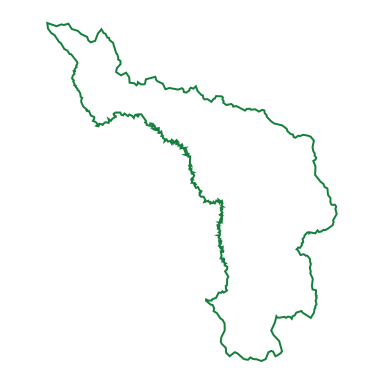 the district of Moyobamba, San Martín, Peru
{"feature_id": "86281439B55224927366475", "entity_name": "Moyobamba", "entity_type": "district", "adm_level": 2, "iso_a3": "PER", "parent_name": "Peru", "parent_adm1": "San Martín", "projection": "natural_earth1", "projection_center": [-77.231, -5.91], "detail": "fine", "context": "isolated", "style": "outline", "palette": "green", "viewbox_px": 384, "rotation_deg": 0, "n_neighbors": 0, "source": "geoboundaries", "source_scale": "gbopen_adm2", "svg_char_len": 5966}
<svg xmlns="http://www.w3.org/2000/svg" viewBox="0 0 384 384"><path d="M293.6,137.0L293.1,134.7L290.6,134.0L287.5,131.2L286.6,128.7L282.0,125.3L274.2,123.5L270.9,121.1L266.8,116.8L266.4,114.8L264.8,113.3L264.3,110.4L262.1,109.9L259.0,111.6L255.2,109.3L250.9,109.7L249.8,108.7L246.8,108.9L245.0,110.6L236.5,106.1L233.2,106.6L232.8,105.1L231.2,104.0L226.3,105.0L223.3,102.7L223.6,100.9L222.4,99.4L222.9,97.4L221.8,96.4L216.1,96.1L214.9,98.5L213.8,98.7L211.3,101.8L207.5,99.1L204.5,99.4L203.3,98.1L202.9,95.4L201.4,95.0L197.5,90.9L195.9,86.3L193.3,88.7L190.8,87.7L189.5,89.0L189.4,90.5L186.1,92.6L184.0,92.1L183.3,89.4L182.0,88.2L178.1,89.6L169.6,88.0L165.4,89.2L162.9,83.8L157.4,81.2L156.3,80.0L155.3,76.8L145.9,79.3L145.0,83.6L144.1,84.4L140.9,84.3L137.9,82.2L137.6,84.1L136.4,85.3L134.4,83.3L129.6,82.7L129.2,77.3L126.1,72.7L121.0,75.3L116.1,72.0L116.8,68.2L120.6,64.1L120.4,60.9L118.1,59.4L118.3,57.5L117.1,54.0L116.2,53.2L113.0,42.7L109.6,40.2L109.0,37.9L107.4,37.7L105.5,33.8L103.5,32.9L101.4,29.3L97.9,33.6L95.2,40.8L90.7,42.3L88.4,40.5L87.2,37.0L81.1,34.0L77.9,30.9L71.8,29.0L68.4,23.7L63.9,25.0L61.4,24.4L56.6,26.2L47.3,23.0L48.0,28.6L51.1,32.9L54.6,35.2L59.0,41.9L60.8,43.0L64.3,49.0L67.4,50.6L69.6,54.1L71.1,54.2L77.1,61.9L77.4,63.5L76.1,66.2L76.6,67.0L74.6,69.3L74.9,71.1L73.7,71.1L74.5,73.7L72.6,76.0L72.1,78.5L73.8,80.3L73.2,81.4L74.6,84.1L74.3,85.3L75.9,85.8L75.8,87.1L77.4,88.7L77.5,90.0L78.6,90.5L80.2,93.3L80.7,96.8L82.2,97.9L81.3,99.6L81.3,102.2L83.3,106.6L87.0,109.7L86.4,110.3L87.0,111.1L89.0,111.1L90.8,115.5L94.2,117.0L94.3,118.4L92.9,120.9L95.5,121.9L97.4,123.9L97.7,124.7L96.4,125.8L98.5,126.3L99.5,123.7L102.2,124.5L103.0,125.6L102.6,124.3L105.6,122.2L108.6,122.9L109.1,121.0L108.5,119.0L110.9,120.8L112.4,118.7L115.9,116.8L115.6,115.9L114.2,115.5L113.6,113.9L115.6,112.5L120.3,112.5L121.4,114.8L123.1,115.3L124.4,113.5L128.0,116.1L129.3,114.5L132.0,115.8L133.8,118.0L134.9,115.3L135.9,114.7L137.9,116.5L138.5,115.7L138.0,114.4L141.3,114.3L146.1,121.1L145.1,122.5L146.6,123.4L146.7,124.9L149.8,125.8L150.3,123.4L152.6,123.8L151.8,126.8L152.7,126.9L153.6,125.1L154.4,125.3L155.5,128.8L153.3,129.0L155.0,129.9L156.9,130.2L157.0,128.4L158.8,128.1L158.6,131.0L159.8,131.7L158.6,132.8L159.7,133.0L161.3,131.7L162.0,134.7L161.5,135.9L162.8,135.8L162.9,138.0L164.9,139.1L164.5,141.4L166.7,139.5L168.0,141.6L170.0,141.0L171.9,143.9L172.4,142.7L171.4,140.9L171.8,139.8L173.8,141.5L174.1,143.0L176.5,140.1L177.8,141.5L176.2,142.2L176.3,144.1L178.5,143.5L178.4,145.6L180.4,145.2L180.5,147.2L182.1,144.6L182.6,145.8L181.0,147.7L181.3,148.3L185.6,147.8L184.1,149.1L185.0,151.4L186.3,150.1L186.9,152.4L185.5,152.1L186.4,154.2L184.7,154.7L188.0,155.8L187.8,154.2L188.5,153.9L188.5,156.7L190.2,156.5L189.9,163.4L191.4,165.9L190.5,166.2L188.8,164.8L190.0,167.3L189.3,169.1L190.1,169.8L191.4,168.9L191.3,171.8L193.2,172.4L191.7,172.9L191.7,173.6L193.6,174.2L194.2,175.4L193.3,177.4L192.2,178.1L193.0,179.6L191.3,179.6L192.2,181.7L191.7,182.8L194.8,183.0L195.9,184.5L195.2,184.9L194.5,184.1L194.2,184.8L196.0,187.9L197.9,187.0L199.8,190.6L201.4,191.2L200.4,193.2L199.6,192.9L199.6,195.3L201.3,196.8L203.6,196.7L205.3,199.9L204.3,202.0L208.3,200.8L208.5,201.7L210.3,201.9L210.2,204.4L210.9,202.9L213.0,203.1L213.5,201.8L214.9,203.3L216.3,200.6L218.7,202.1L218.4,199.6L220.3,201.0L220.1,202.7L221.9,200.9L222.3,202.0L221.6,202.6L222.4,203.6L221.3,205.5L222.8,206.6L221.8,206.6L220.1,208.6L221.4,207.8L222.4,208.9L222.1,209.5L221.1,209.2L220.8,210.4L222.4,212.7L219.8,214.8L220.3,215.2L221.9,214.2L222.6,215.5L221.9,216.3L222.0,218.3L221.5,218.5L221.3,217.4L220.8,218.5L221.9,218.9L221.8,221.2L220.1,220.2L219.6,221.5L220.7,222.5L218.7,222.5L219.8,223.2L219.1,223.9L219.5,225.2L217.5,225.2L217.8,226.8L218.7,225.9L219.3,227.0L218.4,228.4L220.2,228.2L218.7,229.1L220.2,231.1L218.8,232.4L219.9,232.9L219.8,235.0L217.9,235.4L219.5,235.9L218.6,237.5L220.4,239.1L220.0,240.7L221.3,241.1L220.9,243.1L219.2,241.4L219.7,244.7L219.0,245.8L220.1,246.1L220.0,247.4L221.5,249.2L221.6,247.1L222.7,246.8L222.5,250.3L223.4,251.1L223.1,251.9L220.8,251.4L221.6,255.8L220.6,258.4L222.0,258.5L222.3,260.6L223.4,258.6L224.2,259.0L223.9,262.4L225.8,263.5L224.7,264.3L224.6,265.3L227.3,266.8L227.1,269.3L225.1,271.3L228.3,276.7L227.2,278.9L227.0,285.1L225.8,285.9L226.0,289.1L227.0,290.5L223.8,292.6L222.4,291.3L221.1,292.8L218.7,292.6L216.1,297.8L212.2,299.3L211.5,300.6L208.0,300.5L206.2,299.4L205.9,300.6L210.7,304.6L212.6,305.0L214.1,308.2L213.6,311.2L216.8,313.0L220.3,318.3L222.8,320.1L224.6,323.7L224.7,330.5L221.4,337.1L220.7,341.2L221.7,343.8L225.8,347.9L226.2,352.8L229.6,356.2L234.8,352.2L237.3,353.3L244.0,359.1L248.0,359.8L250.4,357.4L253.1,359.0L257.1,359.4L261.3,361.0L265.7,359.1L268.4,352.3L271.2,350.9L273.1,351.6L275.4,356.2L277.1,355.5L280.7,353.2L282.0,351.2L279.2,341.1L273.5,335.0L271.2,330.5L274.9,322.6L276.4,316.3L277.3,317.5L279.1,317.7L284.7,316.9L286.0,317.8L288.0,316.6L290.1,317.0L291.8,318.8L292.6,316.3L294.7,315.4L296.3,312.6L301.5,311.0L302.6,312.7L310.8,317.9L314.0,312.6L314.5,308.9L315.4,308.0L315.1,306.6L316.5,304.2L315.6,300.4L316.7,298.0L316.0,296.9L316.7,295.9L315.7,294.9L316.1,290.4L312.6,289.4L311.9,286.0L312.8,278.8L310.3,273.4L310.8,271.8L309.8,267.8L310.9,263.9L310.1,262.0L310.1,259.2L307.2,255.6L305.9,255.8L303.8,254.2L300.5,255.0L297.9,250.1L296.6,249.4L298.2,247.5L300.1,247.8L302.0,244.8L301.7,243.3L303.2,242.3L302.6,239.0L304.3,237.1L304.5,235.5L307.3,232.5L308.7,232.2L309.1,233.4L310.3,232.4L315.4,233.3L317.5,230.4L318.9,232.0L321.3,231.5L323.5,229.8L324.7,230.2L327.1,229.2L332.7,225.1L333.6,222.0L333.1,220.3L336.7,214.0L335.4,208.9L336.2,206.6L334.9,204.7L332.1,204.9L331.2,204.3L330.4,202.2L330.5,198.2L328.0,194.8L327.4,188.4L324.7,187.1L323.4,183.9L320.6,181.8L315.1,174.9L315.5,166.5L313.3,161.0L315.5,159.6L316.2,157.6L314.6,155.6L314.7,153.4L313.4,151.4L312.5,147.4L313.9,140.7L310.7,136.7L308.2,135.7L303.1,134.8L299.9,136.1L298.3,135.7L295.4,137.7L293.6,137.0Z" fill="none" stroke="#15803d" stroke-width="2"/></svg>